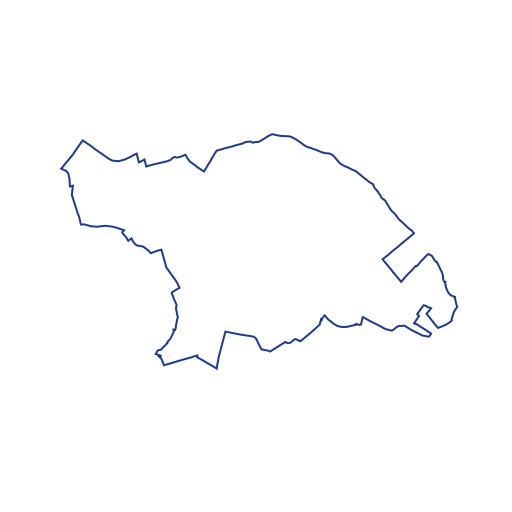 the district of Simian, Bihor, Romania, rotated 100°
{"feature_id": "2599482B37534807810432", "entity_name": "Simian", "entity_type": "district", "adm_level": 2, "iso_a3": "ROU", "parent_name": "Romania", "parent_adm1": "Bihor", "projection": "natural_earth1", "projection_center": [22.074, 47.478], "detail": "fine", "context": "isolated", "style": "outline", "palette": "blue", "viewbox_px": 512, "rotation_deg": 100, "n_neighbors": 0, "source": "geoboundaries", "source_scale": "gbopen_adm2", "svg_char_len": 6059}
<svg xmlns="http://www.w3.org/2000/svg" viewBox="0 0 512 512"><g transform="rotate(100 256 256)"><path d="M255.5,433.6L254.8,431.6L254.7,430.4L255.2,425.5L255.3,423.7L255.2,422.1L255.1,421.0L255.0,419.5L254.7,417.3L254.4,416.4L254.0,415.0L253.6,413.7L253.2,412.8L252.6,410.3L252.3,408.0L252.1,404.5L252.1,401.7L252.4,398.1L252.7,395.9L253.6,390.4L255.8,391.8L256.4,391.7L258.7,388.8L260.6,386.7L263.2,384.4L261.8,383.1L260.3,381.8L261.4,380.9L263.0,379.6L264.5,378.3L265.6,376.5L266.1,375.6L266.3,373.8L266.3,370.6L266.3,368.7L269.5,362.5L270.8,361.1L271.4,360.0L268.1,354.3L267.0,352.2L266.3,350.5L266.2,350.3L278.0,344.6L282.1,342.7L282.9,342.3L283.2,342.0L285.8,339.3L291.3,333.6L293.3,331.6L295.4,329.6L296.5,328.7L300.6,325.8L301.0,326.3L305.4,331.4L306.2,332.2L306.7,332.5L307.0,332.6L307.3,332.6L307.7,332.4L309.5,331.1L310.9,330.2L312.5,329.4L315.0,327.7L316.2,326.9L317.3,326.2L318.0,325.8L318.4,325.7L319.0,325.5L319.6,325.7L320.5,325.9L321.4,325.7L322.6,325.3L325.2,324.3L326.5,323.8L328.6,322.9L329.9,322.3L331.0,322.6L333.6,322.6L335.2,322.7L339.7,322.7L340.7,322.5L343.0,322.9L342.9,323.7L342.8,324.5L344.6,324.0L345.6,323.9L346.3,324.2L347.4,324.5L348.4,324.8L350.2,325.4L352.6,326.0L353.7,326.8L355.9,328.2L356.6,328.2L357.3,328.1L357.6,328.4L358.3,329.1L360.0,330.0L361.6,331.3L361.9,331.7L362.4,332.1L363.6,332.3L363.9,332.6L364.8,333.4L365.3,334.4L365.7,335.9L366.6,336.7L370.0,337.6L370.1,336.6L370.3,335.6L370.7,332.5L370.9,332.3L371.2,332.3L371.5,332.4L372.0,333.8L372.7,332.7L374.1,331.0L379.6,327.6L379.3,327.1L375.7,319.8L374.8,318.0L372.9,314.3L370.5,309.4L367.3,302.7L365.0,298.4L364.2,296.4L365.9,296.3L368.4,289.2L370.2,284.5L371.8,279.9L373.7,275.2L370.3,275.3L367.5,275.2L360.5,275.1L356.3,274.7L350.1,274.2L335.8,273.0L336.1,257.4L335.9,250.5L335.8,247.2L335.9,244.9L336.0,244.1L336.9,242.0L337.2,241.7L338.6,240.6L342.3,238.0L347.0,234.5L347.1,228.0L347.2,227.1L347.6,225.9L347.4,225.1L346.2,224.0L337.4,214.2L335.6,212.2L335.7,211.9L336.3,210.0L336.2,209.0L335.9,208.1L335.2,206.9L333.7,205.6L331.8,204.0L331.0,202.7L331.2,201.2L332.2,198.4L331.7,197.6L332.0,197.2L330.7,196.1L322.8,189.4L322.4,189.0L319.9,187.1L315.7,183.8L312.2,181.2L311.6,181.3L310.8,181.3L309.9,181.3L308.9,181.1L308.1,180.9L307.1,180.9L306.2,181.0L305.8,181.0L306.1,180.9L307.3,180.2L305.8,179.8L304.5,179.3L302.5,178.1L302.7,177.8L303.3,177.2L305.8,174.1L307.0,171.9L309.4,167.3L310.8,163.6L310.9,161.5L311.0,159.2L310.1,154.5L307.2,147.5L307.0,146.9L306.0,146.3L305.9,146.0L306.0,145.8L306.4,145.8L306.4,145.6L305.9,145.5L305.7,145.4L305.5,145.2L305.7,144.7L305.8,144.0L305.7,143.3L305.7,143.1L306.0,142.3L305.2,140.9L305.2,140.7L297.7,140.3L297.7,139.7L299.1,135.9L301.3,129.2L303.2,122.4L304.1,119.9L305.2,116.7L305.7,113.5L305.6,112.7L305.7,111.9L305.9,110.2L305.9,109.2L305.5,109.1L305.0,108.3L304.4,107.6L303.7,107.0L302.2,105.7L301.3,104.8L300.5,103.8L300.0,102.7L299.7,101.4L299.6,100.5L299.3,99.5L298.9,97.9L299.2,96.7L302.1,89.5L303.8,83.6L305.4,78.3L305.4,75.4L305.5,71.8L304.1,70.9L302.3,70.2L302.1,70.1L301.8,70.4L295.8,84.6L295.1,86.1L295.1,86.8L295.3,87.5L295.2,87.9L294.8,88.7L286.8,85.0L285.1,87.2L282.6,85.9L275.4,82.4L275.5,81.0L275.7,80.5L275.7,80.2L275.6,79.9L275.8,79.2L276.3,78.6L276.6,78.2L276.7,75.2L277.0,74.5L277.4,74.8L278.9,75.4L280.4,76.3L282.6,77.7L283.3,78.0L286.6,74.2L292.3,67.8L293.7,66.1L295.3,64.2L294.3,62.8L293.4,61.3L293.3,61.1L292.3,59.6L290.7,57.0L288.4,54.5L285.7,52.0L284.0,52.4L280.8,51.9L277.2,51.5L273.5,50.1L271.2,49.0L268.6,50.4L265.1,51.8L262.9,53.0L261.8,52.8L261.3,55.1L260.8,57.6L258.2,60.7L254.1,63.4L250.5,64.8L248.6,64.9L248.7,66.2L246.0,67.8L243.0,68.5L242.0,68.9L239.9,70.0L236.2,72.7L231.9,75.8L230.4,76.9L230.4,77.8L228.9,79.6L225.2,83.0L224.1,86.7L226.9,88.8L228.9,90.1L231.7,92.0L235.1,94.1L236.1,94.7L238.2,96.0L238.0,96.9L239.5,97.9L242.9,99.9L247.4,103.2L250.9,105.4L255.5,108.1L256.2,108.6L255.6,109.2L253.2,112.2L249.6,116.4L248.6,117.7L245.3,121.3L243.6,123.3L241.7,125.5L239.5,128.2L237.2,130.8L235.8,129.6L235.2,128.9L231.3,125.5L227.1,122.2L224.5,119.8L220.9,116.7L217.1,113.6L209.3,106.9L206.2,104.4L203.9,107.0L202.3,110.4L199.2,115.1L196.9,118.6L195.3,121.3L193.6,123.3L190.7,126.2L187.9,130.4L185.6,132.7L182.8,135.1L179.1,138.4L178.2,139.7L178.1,140.2L177.8,140.9L176.2,143.2L174.7,143.9L173.9,145.0L171.2,147.4L169.0,150.3L168.2,151.2L165.1,153.1L164.4,154.9L163.4,157.5L162.2,159.6L160.2,163.4L157.6,167.9L156.4,170.2L155.4,172.0L154.9,173.1L154.2,176.5L153.6,178.1L152.7,181.4L151.9,185.2L150.2,189.3L149.0,190.9L146.9,193.5L144.8,195.8L143.1,198.5L142.3,201.8L142.3,202.5L142.7,205.0L142.5,208.7L141.9,211.6L141.2,214.2L140.6,218.4L139.9,222.1L139.7,224.4L138.9,227.0L137.8,229.3L136.5,231.8L134.9,235.3L133.8,237.9L132.4,242.6L132.5,245.0L132.8,247.8L133.2,250.4L133.5,253.5L133.4,255.7L133.4,258.1L133.1,260.9L133.8,262.1L135.9,264.9L138.3,267.6L140.7,270.2L142.6,272.5L143.4,273.7L143.6,275.5L145.0,279.0L144.2,281.2L145.0,284.2L145.6,286.2L146.9,287.8L147.6,288.8L150.6,295.5L152.4,298.8L152.5,299.2L154.3,303.0L155.0,304.6L155.5,305.8L156.9,308.5L158.3,311.3L159.1,313.0L162.9,314.7L166.9,316.2L170.5,317.4L174.3,319.0L178.3,320.5L181.8,321.9L181.0,323.8L179.0,328.5L177.4,331.5L175.7,334.9L174.3,337.9L171.5,340.6L168.6,343.0L168.8,343.6L169.1,343.9L170.3,345.9L171.8,348.4L172.8,351.2L172.6,353.2L173.5,354.7L176.6,357.2L177.1,358.4L178.0,359.6L179.0,361.9L180.5,365.5L183.1,371.6L183.3,372.1L184.6,375.0L186.9,379.6L183.5,381.2L180.3,382.6L182.2,384.9L184.1,387.6L175.9,391.3L177.9,394.1L180.2,396.7L181.9,399.3L183.8,402.0L185.1,404.8L186.1,406.8L186.5,407.6L186.8,410.8L187.0,414.0L185.6,418.4L185.2,419.1L183.7,422.3L181.9,426.1L180.8,428.7L178.8,432.9L177.2,435.9L175.6,439.3L173.8,443.2L172.6,445.9L172.2,446.8L180.6,450.7L188.3,454.2L203.8,463.0L205.1,458.0L206.3,456.3L207.5,455.1L210.0,454.1L212.5,453.0L214.7,452.6L216.3,452.2L217.3,451.9L219.9,451.3L219.9,451.1L218.6,448.5L227.8,448.0L235.6,443.9L236.0,443.7L241.2,440.9L243.7,439.7L248.2,437.0L249.8,436.3L251.5,435.5L253.2,435.0L255.5,433.6Z" fill="none" stroke="#1e3a8a" stroke-width="2"/></g></svg>